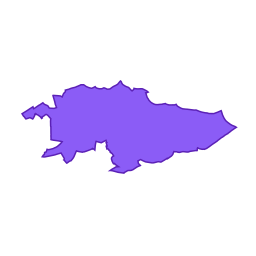 the district of Grebenisu De Campie, Mures, Romania, rotated 189°
{"feature_id": "2599482B22426037258444", "entity_name": "Grebenisu De Campie", "entity_type": "district", "adm_level": 2, "iso_a3": "ROU", "parent_name": "Romania", "parent_adm1": "Mures", "projection": "equal_earth", "projection_center": [24.279, 46.612], "detail": "fine", "context": "isolated", "style": "filled", "palette": "violet", "viewbox_px": 256, "rotation_deg": 189, "n_neighbors": 0, "source": "geoboundaries", "source_scale": "gbopen_adm2", "svg_char_len": 5840}
<svg xmlns="http://www.w3.org/2000/svg" viewBox="0 0 256 256"><g transform="rotate(189 128 128)"><path d="M142.7,173.3L143.1,172.9L145.2,169.4L145.8,169.0L146.6,168.3L148.8,166.8L149.4,166.3L151.4,164.3L152.1,163.7L152.3,163.6L153.9,163.2L154.6,163.1L155.1,163.2L156.2,163.6L157.9,163.9L158.1,163.9L158.8,163.5L159.3,163.1L159.8,162.8L160.3,162.6L160.9,162.5L162.1,162.3L163.3,162.3L164.4,162.4L165.4,162.6L166.2,163.0L166.9,163.7L168.8,162.3L170.0,161.6L170.4,161.5L171.5,161.6L173.2,161.8L175.2,162.3L175.7,162.4L176.9,163.0L177.7,163.4L178.0,163.5L178.5,163.8L181.4,163.3L181.7,163.0L182.8,162.3L184.2,161.4L185.3,160.8L186.1,160.2L186.9,159.8L189.1,158.9L190.6,158.2L192.1,157.3L192.8,156.9L193.6,156.6L195.8,155.6L195.7,155.4L195.6,154.0L196.1,153.3L196.4,152.8L196.9,152.2L197.3,151.0L197.5,149.9L197.9,148.4L198.5,148.6L199.4,149.0L200.2,149.1L200.8,149.0L201.5,149.0L202.7,148.9L207.1,148.5L207.2,148.3L205.3,144.3L204.3,142.1L203.4,139.8L202.7,138.7L201.8,137.0L204.0,135.8L207.8,135.4L208.6,135.4L209.1,135.6L209.5,136.0L210.1,136.9L210.5,137.2L210.9,137.4L211.6,137.7L213.5,138.1L214.1,138.3L214.8,138.7L215.3,139.0L216.0,139.6L218.1,137.7L218.8,137.0L219.5,136.6L223.6,132.7L224.1,132.4L224.3,132.3L225.2,134.1L228.0,131.6L230.6,129.2L234.9,125.5L233.0,123.3L232.4,123.0L232.2,122.8L230.7,121.3L230.4,121.0L230.2,121.0L228.2,122.0L226.5,122.9L223.5,122.0L223.2,122.6L222.7,123.9L222.1,125.7L222.2,127.0L221.5,127.0L221.3,127.7L220.0,126.9L219.4,126.9L216.9,125.7L216.4,125.4L214.8,123.9L214.2,124.6L214.8,125.3L212.7,127.0L211.7,128.2L211.2,128.5L210.9,128.6L209.4,128.1L205.7,125.1L205.7,124.0L205.5,122.2L205.2,120.6L204.8,118.3L204.6,117.5L204.4,117.4L203.3,110.8L203.0,109.4L202.9,108.0L202.7,107.3L202.4,105.6L202.2,105.0L202.2,104.7L202.3,104.5L202.2,104.4L201.4,104.4L199.8,104.3L195.0,104.4L192.1,104.3L191.5,104.3L190.9,104.2L192.1,102.1L193.3,100.6L194.9,98.7L196.4,97.5L197.6,96.8L198.5,96.1L199.3,95.7L200.7,95.1L201.6,94.7L202.2,94.5L202.6,94.3L203.4,94.2L203.8,94.2L204.6,94.3L204.8,93.0L205.0,91.6L206.3,91.0L206.4,90.9L206.5,90.7L206.4,90.6L206.4,89.9L206.5,89.4L206.8,88.3L207.3,88.1L207.4,87.9L208.2,86.2L207.1,86.2L205.7,86.4L201.3,88.0L197.1,89.6L195.9,90.1L193.3,91.4L190.2,92.8L186.7,88.6L186.1,87.7L186.1,87.1L186.2,86.6L186.4,86.4L186.0,86.2L183.8,84.3L183.3,83.9L183.0,83.7L182.8,83.8L181.8,84.8L180.5,86.1L180.1,86.3L179.2,86.7L178.0,88.7L177.3,90.1L176.9,91.2L175.5,96.8L175.3,97.3L174.2,97.1L172.7,97.0L169.6,97.0L169.2,97.0L168.4,97.4L167.5,97.6L165.0,98.9L161.3,101.0L160.0,102.0L159.9,101.7L159.7,101.6L159.4,101.8L159.5,102.1L159.1,102.1L157.6,101.2L157.3,101.0L157.3,101.6L157.4,102.2L157.4,102.9L157.5,104.0L157.6,106.2L157.6,106.8L157.5,109.1L157.4,109.8L156.9,109.8L155.8,109.6L152.5,109.3L152.2,109.2L147.8,112.4L147.4,111.5L147.1,110.9L146.7,110.4L147.3,110.1L146.6,108.7L146.2,107.7L145.8,107.0L146.7,106.6L145.5,104.0L144.8,104.5L144.1,103.8L143.3,103.0L142.9,103.1L141.6,101.6L141.8,101.4L140.6,100.6L140.4,100.7L139.6,100.2L137.8,98.2L138.7,97.5L139.1,96.9L139.4,96.4L139.6,95.7L139.5,95.1L139.3,94.3L139.0,93.9L138.8,93.6L138.8,93.2L138.6,92.9L138.1,92.2L137.6,91.4L137.0,90.7L136.7,90.4L136.0,90.9L135.0,90.3L135.0,89.9L134.2,89.7L131.3,88.3L133.8,87.7L134.2,87.4L134.8,86.8L135.4,86.3L136.1,85.8L136.8,85.2L137.7,84.5L139.0,83.2L138.5,83.3L136.4,83.3L130.9,82.7L129.9,82.7L125.6,82.8L125.3,82.8L125.4,83.0L125.0,83.2L124.3,83.7L121.8,85.7L121.6,85.9L121.3,86.0L118.7,86.5L118.1,86.7L116.6,87.6L113.0,90.9L111.9,91.7L109.9,92.9L110.1,93.1L111.8,94.3L112.3,94.8L113.0,97.1L112.3,97.5L111.8,98.0L110.6,98.8L109.9,98.6L108.8,98.2L107.4,97.8L105.4,97.3L104.4,97.3L102.3,97.3L99.0,97.3L97.7,97.5L96.3,98.0L93.6,99.2L92.7,99.5L90.7,99.5L90.2,99.5L89.7,99.8L87.8,101.4L87.0,102.0L86.3,102.7L85.5,103.2L84.7,104.1L84.5,103.8L84.3,103.7L80.9,106.9L80.6,107.3L80.2,107.9L79.7,108.8L79.5,109.4L79.4,110.5L79.0,111.4L79.0,111.9L77.6,111.9L76.7,112.1L76.0,112.1L75.1,111.9L74.2,111.9L73.6,111.9L72.9,112.1L72.3,112.4L71.1,112.9L70.6,113.1L69.7,113.3L67.9,113.4L65.9,113.5L65.4,113.6L64.5,113.8L63.8,114.2L63.1,114.6L62.6,114.8L61.9,115.0L57.3,116.4L56.4,116.4L56.2,116.5L56.1,117.1L56.3,118.0L56.3,118.8L56.2,119.3L55.7,119.2L54.8,118.9L54.2,118.7L53.6,118.7L52.6,118.6L51.2,118.6L50.9,118.7L50.0,118.9L49.6,119.0L49.5,118.9L49.2,118.9L48.0,119.6L47.2,120.1L46.5,120.7L45.6,121.6L44.8,122.3L42.4,124.8L40.8,126.3L39.8,127.2L37.9,129.0L37.7,129.3L37.5,129.6L35.4,131.8L34.1,133.2L33.1,133.9L32.2,134.9L31.6,135.4L31.2,136.0L29.2,137.6L28.5,138.1L28.5,138.3L27.4,139.4L26.6,140.2L26.4,140.5L25.0,142.0L23.6,143.3L22.8,144.1L21.1,145.6L22.5,146.2L25.6,146.9L27.4,147.6L28.4,148.1L30.5,149.2L31.8,150.0L32.4,150.4L33.2,151.1L34.8,152.9L35.8,154.4L36.8,155.9L37.3,157.0L38.3,159.0L38.7,159.7L41.8,157.7L44.7,156.1L45.2,155.8L45.8,155.6L50.1,155.0L50.4,155.0L51.2,155.0L51.3,155.1L51.5,155.2L52.0,155.2L52.7,155.2L53.6,155.1L54.2,155.1L56.7,155.2L58.1,155.3L60.0,155.6L62.6,156.2L63.0,156.3L63.4,156.4L64.1,156.3L65.0,156.1L66.3,156.0L69.8,155.9L72.4,155.8L74.7,155.6L75.8,155.6L76.4,155.5L76.9,155.5L78.9,155.9L79.8,156.2L82.6,157.3L83.0,157.7L84.2,158.9L84.4,158.7L85.6,158.1L91.1,157.2L93.1,157.4L94.2,157.6L94.8,158.0L95.1,158.0L95.6,157.7L95.9,157.6L97.3,157.2L98.1,156.7L98.4,156.7L99.3,156.5L101.1,156.1L101.6,155.9L103.3,155.6L104.3,155.5L104.9,155.5L106.5,155.8L108.9,156.7L109.9,157.3L110.9,158.1L111.6,158.6L111.9,159.0L112.7,160.0L113.5,160.8L113.8,161.2L114.3,162.1L114.5,162.5L115.1,163.7L115.6,164.9L116.0,165.5L115.0,165.8L113.7,166.6L114.6,167.2L116.0,167.8L118.8,168.7L120.2,169.0L120.8,168.9L121.4,168.8L123.7,168.3L124.9,168.1L126.2,168.0L128.3,168.1L128.3,167.1L129.8,165.3L130.7,165.8L133.4,167.9L134.0,168.2L135.1,168.4L136.9,168.8L139.3,169.8L140.2,170.3L141.3,171.5L141.6,172.2L141.9,172.6L142.3,173.0L142.7,173.3Z" fill="#8b5cf6" stroke="#5b21b6" stroke-width="1.5"/></g></svg>